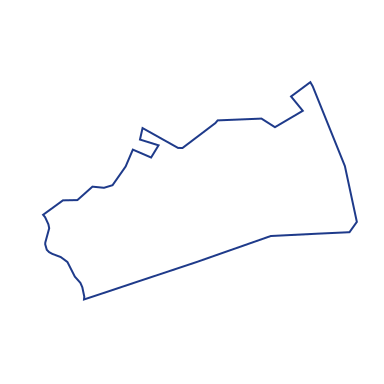 the district of Kenton, Kentucky, United States of America, rotated 257°
{"feature_id": "52423323B50751707064389", "entity_name": "Kenton", "entity_type": "district", "adm_level": 2, "iso_a3": "USA", "parent_name": "United States of America", "parent_adm1": "Kentucky", "projection": "albers", "projection_center": [-84.527, 38.946], "detail": "fine", "context": "isolated", "style": "outline", "palette": "blue", "viewbox_px": 384, "rotation_deg": 257, "n_neighbors": 0, "source": "geoboundaries", "source_scale": "gbopen_adm2", "svg_char_len": 733}
<svg xmlns="http://www.w3.org/2000/svg" viewBox="0 0 384 384"><g transform="rotate(257 192 192)"><path d="M117.4,336.4L125.8,345.9L182.8,346.8L267.8,333.4L272.4,332.0L262.8,310.0L246.2,318.2L236.5,287.4L247.9,276.2L256.0,233.1L253.9,230.3L237.0,192.6L238.1,188.3L265.4,158.2L254.8,153.1L245.0,169.9L234.8,159.9L246.6,143.9L231.8,133.1L216.5,116.1L215.9,107.2L219.6,96.2L209.9,78.5L212.9,64.4L203.3,41.8L200.5,43.2L192.8,44.8L188.8,44.7L175.8,37.7L174.1,37.2L168.4,37.5L165.6,39.2L163.1,42.0L158.1,49.5L152.0,54.7L151.7,54.9L135.9,58.8L128.6,62.8L123.8,63.7L114.2,63.5L111.6,62.6L112.7,74.7L116.9,118.8L120.7,159.3L121.3,165.7L122.7,180.5L131.4,258.8L123.1,305.2L117.4,336.4Z" fill="none" stroke="#1e3a8a" stroke-width="2"/></g></svg>